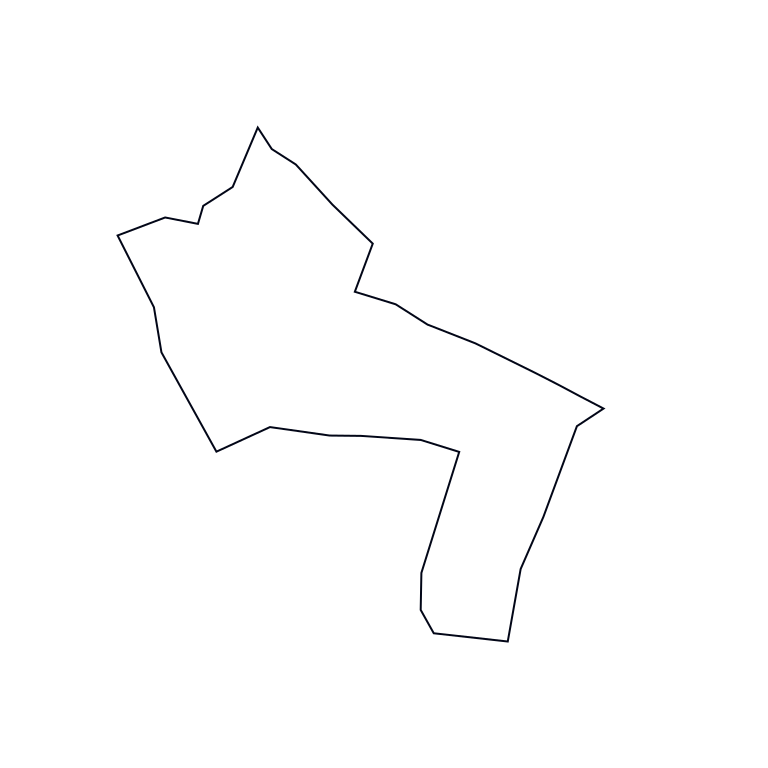 Bayanxangai, Töv, Mongolia, rotated 337°
{"feature_id": "93677404B67738090510285", "entity_name": "Bayanxangai", "entity_type": "district", "adm_level": 2, "iso_a3": "MNG", "parent_name": "Mongolia", "parent_adm1": "Töv", "projection": "orthographic", "projection_center": [105.629, 47.811], "detail": "fine", "context": "isolated", "style": "outline", "palette": "ink", "viewbox_px": 768, "rotation_deg": 337, "n_neighbors": 0, "source": "geoboundaries", "source_scale": "gbopen_adm2", "svg_char_len": 585}
<svg xmlns="http://www.w3.org/2000/svg" viewBox="0 0 768 768"><g transform="rotate(337 384 384)"><path d="M576.5,492.4L560.2,472.6L544.1,452.7L527.3,432.6L484.0,382.3L448.0,347.0L447.4,346.5L425.9,315.2L393.2,287.7L428.5,250.4L406.6,198.7L388.6,147.5L372.5,123.9L368.0,98.6L321.7,143.5L287.2,149.4L275.3,163.9L247.6,145.2L196.8,143.2L202.2,223.5L191.5,267.9L203.3,380.8L262.2,379.1L313.8,410.2L342.6,422.8L396.0,449.9L426.7,475.9L344.6,572.5L329.5,606.3L332.4,632.9L397.3,669.4L437.5,607.7L478.8,568.6L545.1,498.2L576.5,492.4Z" fill="none" stroke="#020617" stroke-width="2"/></g></svg>